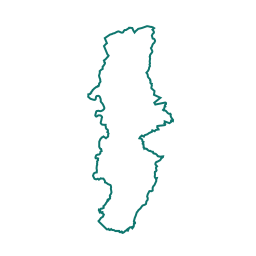 outline of Dak Po, Gia Lai, Vietnam, rotated 63°
{"feature_id": "81297802B45369844815447", "entity_name": "Dak Po", "entity_type": "district", "adm_level": 2, "iso_a3": "VNM", "parent_name": "Vietnam", "parent_adm1": "Gia Lai", "projection": "albers", "projection_center": [108.624, 13.929], "detail": "fine", "context": "isolated", "style": "outline", "palette": "teal", "viewbox_px": 256, "rotation_deg": 63, "n_neighbors": 0, "source": "geoboundaries", "source_scale": "gbopen_adm2", "svg_char_len": 5868}
<svg xmlns="http://www.w3.org/2000/svg" viewBox="0 0 256 256"><g transform="rotate(63 128 128)"><path d="M135.6,83.8L134.5,83.8L134.0,85.0L132.8,85.8L130.2,86.4L129.7,86.7L128.9,87.3L128.7,88.1L127.8,88.6L127.6,88.3L127.6,87.4L125.8,85.9L125.8,85.0L124.7,85.0L124.1,84.2L124.0,83.4L123.1,82.8L122.5,83.0L122.2,83.3L119.5,93.0L117.4,93.1L115.8,85.4L110.2,89.8L107.1,87.6L103.3,89.1L102.5,88.8L100.9,87.4L100.0,87.3L99.4,86.7L98.5,87.5L97.9,87.6L97.5,87.4L96.5,86.6L95.5,86.7L95.1,86.3L94.0,86.4L92.3,86.9L91.3,87.0L89.6,86.3L88.7,86.2L87.1,86.5L86.2,84.2L84.9,82.5L83.6,81.6L82.8,80.3L81.2,80.0L80.5,79.1L78.6,78.5L76.0,76.7L74.3,76.3L74.0,75.7L73.4,75.5L72.8,74.9L71.6,72.3L71.1,71.7L70.4,71.4L67.2,71.3L66.5,69.9L65.0,68.4L64.3,67.3L64.0,65.9L62.8,64.4L62.3,64.2L60.8,64.2L60.2,64.5L59.5,65.4L56.5,64.8L55.4,63.3L54.9,61.7L54.2,61.3L53.6,61.3L52.7,61.3L51.5,61.6L50.9,59.4L49.7,60.1L48.4,61.4L48.0,62.2L46.9,63.4L45.9,64.8L45.2,70.2L44.3,73.9L44.8,75.6L45.0,76.7L45.9,78.8L43.6,79.0L40.9,78.8L39.5,80.8L39.6,81.3L39.2,81.7L39.5,82.4L39.8,85.3L39.2,86.6L39.6,87.6L40.5,88.9L40.5,89.6L40.0,90.6L38.1,92.1L37.5,92.8L37.3,94.4L37.4,96.9L37.0,98.4L37.0,99.9L36.6,101.5L37.4,107.9L42.9,108.3L43.2,109.8L44.1,112.2L44.3,112.2L53.2,112.9L54.6,112.4L55.3,113.2L55.4,113.9L56.5,116.6L56.9,118.8L57.8,118.8L58.4,119.2L59.4,118.9L60.2,119.4L61.5,121.7L61.8,122.7L63.9,123.8L63.9,125.1L64.5,127.4L65.4,127.7L66.7,128.6L68.1,130.0L69.4,130.4L72.1,130.7L73.1,131.2L74.1,131.4L74.5,131.9L75.3,133.6L76.4,134.1L76.8,134.9L77.3,135.1L77.4,135.3L77.0,135.9L77.2,136.1L77.1,136.5L77.3,136.8L77.0,137.6L77.2,138.2L77.5,140.2L78.0,141.4L78.0,142.1L78.6,142.7L79.1,144.2L79.9,144.7L79.9,145.4L80.3,145.7L80.5,146.2L80.2,146.7L80.2,147.4L80.0,148.1L81.0,148.5L82.1,149.3L84.9,148.2L87.1,146.0L87.8,145.0L87.9,144.3L87.7,143.8L85.8,142.4L85.3,141.5L85.8,139.9L86.6,139.2L87.4,139.0L89.7,139.2L90.8,139.6L91.8,140.2L92.8,140.2L94.1,139.8L95.7,139.6L98.9,139.8L99.9,140.3L100.3,140.9L100.8,142.6L100.7,144.3L100.4,145.1L99.2,146.6L98.7,148.3L99.0,148.9L101.8,151.4L102.9,151.4L103.4,151.1L103.5,150.4L103.3,149.1L103.4,148.3L104.4,146.7L106.0,146.1L106.8,146.3L107.2,146.9L108.8,148.1L110.7,149.8L111.6,150.1L113.1,149.6L113.7,148.9L115.0,146.5L115.7,147.0L116.9,147.2L117.8,147.7L119.3,147.6L120.0,147.0L120.4,146.9L121.7,147.2L122.1,147.6L122.1,148.1L122.3,148.3L122.9,147.9L124.2,147.9L124.9,148.8L126.2,149.3L126.8,150.3L126.8,151.6L127.1,152.3L124.4,153.7L124.6,154.7L124.5,155.8L125.0,156.4L125.2,157.4L127.1,159.8L131.7,162.2L133.6,162.2L134.4,161.8L134.6,161.5L136.6,162.0L136.5,162.7L136.8,163.5L138.0,164.2L138.3,164.9L138.5,166.0L137.9,167.1L137.9,168.7L138.9,169.9L139.7,170.5L140.3,170.5L140.7,170.0L141.1,168.9L141.6,168.5L142.1,169.0L143.1,169.3L143.7,170.7L144.9,171.1L145.9,171.9L146.8,172.1L147.3,172.8L149.6,174.3L151.5,174.9L153.4,176.0L152.9,177.4L153.0,179.1L154.7,180.9L158.1,180.9L159.3,179.7L159.5,177.9L160.8,177.4L160.6,175.8L160.4,175.3L161.2,174.3L161.9,172.9L164.2,172.6L165.0,172.7L166.0,173.2L167.0,172.2L168.9,171.3L170.8,169.6L171.1,169.5L172.0,169.6L173.2,170.0L174.2,170.8L177.8,171.9L178.9,173.0L179.8,174.7L180.2,175.0L181.1,175.0L181.4,175.5L182.4,175.8L182.7,176.0L182.7,177.1L183.3,178.0L183.2,178.2L182.6,178.2L182.6,178.6L182.9,179.0L183.8,179.0L183.9,180.1L184.4,180.5L184.9,181.7L185.6,182.5L185.8,183.3L186.3,184.1L186.5,185.4L188.1,185.9L188.1,187.4L187.6,188.8L188.1,189.9L187.4,190.9L188.2,191.4L188.6,191.4L189.2,190.5L190.3,191.5L190.6,191.5L190.9,190.5L191.6,190.1L191.1,189.3L191.3,188.9L192.6,189.4L194.1,188.8L194.7,189.4L195.0,190.0L195.6,190.4L195.9,193.0L197.2,195.4L197.4,196.4L197.8,196.6L208.7,192.9L209.1,192.1L209.1,191.1L210.2,191.0L210.7,190.5L210.4,188.9L211.7,188.4L212.6,186.9L214.1,186.0L214.6,185.1L214.6,184.5L215.3,183.8L215.5,182.8L215.7,182.6L216.8,182.8L217.1,182.6L217.4,182.0L217.3,180.7L217.5,180.5L218.2,180.3L218.9,180.6L219.1,180.3L219.0,178.6L218.5,177.3L218.6,176.5L218.2,175.6L218.0,174.7L219.1,174.9L219.4,174.7L218.4,173.4L217.7,172.8L217.4,171.1L217.9,170.5L218.0,169.4L219.0,169.8L219.4,169.7L218.4,167.7L217.0,166.7L215.9,166.2L215.7,165.6L216.1,165.1L216.0,164.9L215.3,164.6L214.6,165.3L213.9,165.2L211.1,162.7L209.8,161.1L207.1,158.4L206.9,157.6L206.0,156.1L205.3,153.4L204.3,151.6L203.7,150.3L204.0,147.6L203.8,146.4L201.8,145.0L200.9,143.1L199.4,142.2L197.8,142.1L196.1,140.6L194.0,137.7L194.0,137.4L195.0,135.7L194.9,134.4L192.5,133.2L192.0,132.7L191.3,131.7L191.0,130.7L190.5,129.9L188.0,126.8L186.2,126.2L186.2,125.5L185.7,125.0L185.4,125.9L185.1,126.3L184.0,126.4L183.3,126.2L181.8,125.1L180.2,124.5L179.3,123.9L179.3,122.8L178.7,121.8L176.4,121.3L175.7,120.7L175.3,119.5L173.0,120.1L172.5,120.0L171.6,119.2L171.1,118.1L171.4,117.0L171.3,116.2L171.3,114.5L171.0,113.4L170.2,112.3L169.8,110.1L169.2,109.6L168.1,112.5L167.7,112.8L167.4,113.5L166.8,113.8L166.6,114.3L165.2,114.4L163.5,115.1L162.8,116.2L162.5,116.3L162.5,116.5L162.0,116.9L160.6,116.6L160.5,116.9L159.8,117.5L159.6,117.9L158.5,118.5L158.3,119.2L157.5,119.9L156.3,120.5L155.6,120.5L155.1,120.8L155.1,121.2L154.5,121.5L154.2,122.0L153.7,122.3L153.8,122.9L153.4,122.8L152.6,123.0L152.4,122.6L151.7,122.6L151.2,122.2L150.0,122.0L149.6,121.6L148.8,122.0L148.7,121.7L148.4,121.6L148.4,121.4L147.9,121.3L147.5,120.6L147.0,121.0L146.5,121.2L146.0,121.1L145.3,120.7L144.0,120.8L143.3,121.3L142.4,122.5L141.7,121.5L141.3,120.6L141.3,119.9L141.0,119.1L142.9,117.8L142.1,116.7L142.0,116.2L142.4,113.6L142.0,111.1L142.2,110.3L142.1,109.1L142.3,108.6L141.1,107.4L143.0,105.7L142.5,104.6L142.4,104.0L143.2,101.4L142.4,101.3L140.7,101.7L139.6,101.0L139.9,99.8L140.2,99.4L140.4,98.4L140.8,97.6L142.0,94.3L142.1,93.6L141.6,93.1L140.4,93.5L140.1,92.9L138.8,92.3L142.5,88.9L142.2,87.0L141.2,86.5L140.9,86.1L141.1,85.9L141.9,86.0L141.9,85.3L142.3,84.9L141.3,84.2L138.2,84.7L136.4,84.5L135.6,83.8Z" fill="none" stroke="#0f766e" stroke-width="2"/></g></svg>